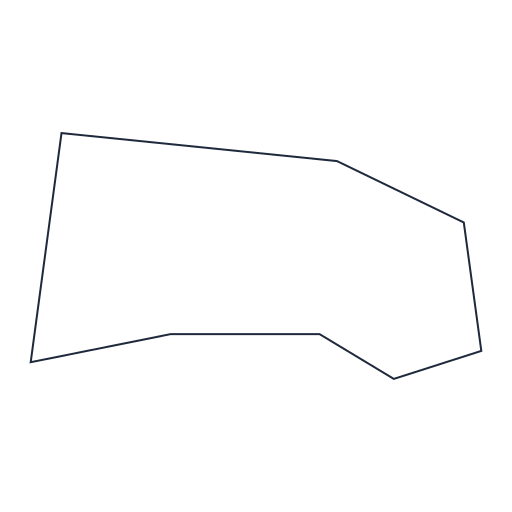 SVG path tracing the border of Jersey
{"feature_id": "JEY", "entity_name": "Jersey", "entity_type": "country or territory", "adm_level": 0, "iso_a3": "JEY", "parent_name": "Europe", "parent_adm1": "", "projection": "equal_earth", "projection_center": [-2.1, 49.218], "detail": "fine", "context": "isolated", "style": "outline", "palette": "slate", "viewbox_px": 512, "rotation_deg": 0, "n_neighbors": 0, "source": "natural_earth", "source_scale": "50m", "svg_char_len": 233}
<svg xmlns="http://www.w3.org/2000/svg" viewBox="0 0 512 512"><path d="M463.8,222.5L481.3,350.9L393.8,378.9L319.5,334.1L170.7,334.1L30.7,362.2L61.5,133.1L337.0,161.1L463.8,222.5Z" fill="none" stroke="#1e293b" stroke-width="2"/></svg>